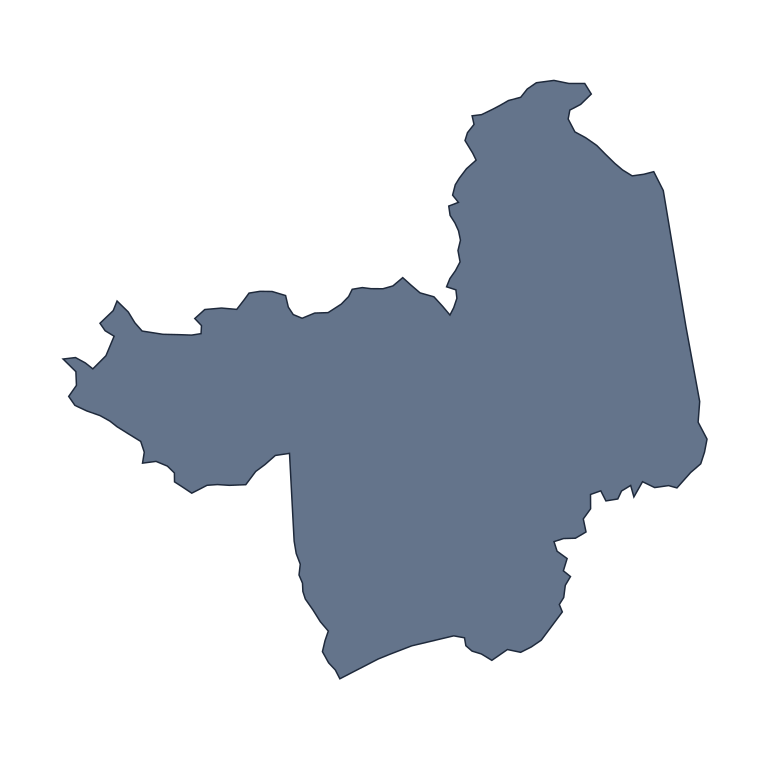 Segredo, Rio Grande do Sul, Brazil, rotated 266°
{"feature_id": "56859067B17752705849385", "entity_name": "Segredo", "entity_type": "district", "adm_level": 2, "iso_a3": "BRA", "parent_name": "Brazil", "parent_adm1": "Rio Grande do Sul", "projection": "mercator", "projection_center": [-52.922, -29.293], "detail": "fine", "context": "isolated", "style": "filled", "palette": "slate", "viewbox_px": 768, "rotation_deg": 266, "n_neighbors": 0, "source": "geoboundaries", "source_scale": "gbopen_adm2", "svg_char_len": 2343}
<svg xmlns="http://www.w3.org/2000/svg" viewBox="0 0 768 768"><g transform="rotate(266 384 384)"><path d="M117.5,523.0L144.2,546.0L151.8,543.5L158.5,548.4L170.5,550.8L178.9,556.6L185.1,549.9L197.1,554.5L205.1,545.0L214.9,542.6L217.3,552.3L216.8,564.2L222.3,575.2L235.5,573.4L245.1,581.4L259.4,582.3L262.3,592.8L251.9,597.2L253.0,609.2L260.7,613.5L265.6,623.0L253.9,625.4L268.5,635.1L261.8,646.8L262.8,660.8L259.9,669.0L274.3,683.7L282.3,694.4L293.7,699.0L306.5,702.4L324.0,694.7L344.5,697.7L420.2,689.2L557.5,676.1L577.0,667.9L575.1,657.8L574.3,646.1L580.9,636.9L587.9,629.7L598.0,620.7L607.1,612.9L615.5,602.5L622.2,592.0L635.5,586.2L644.3,588.5L649.2,599.7L658.8,611.0L669.8,605.2L670.9,589.4L675.0,574.7L673.9,557.0L668.3,547.5L660.5,540.4L658.1,527.9L653.9,519.3L650.1,510.6L645.9,500.1L645.4,490.6L636.7,491.9L628.9,484.8L621.2,481.8L608.1,488.6L600.9,491.5L593.0,481.3L584.2,473.6L577.8,469.0L567.6,465.6L560.0,470.9L557.0,461.0L547.6,461.7L539.7,466.0L531.7,469.0L522.1,470.3L512.0,467.1L500.5,468.4L492.1,463.2L484.6,457.1L476.6,453.2L472.9,462.3L464.4,462.7L455.3,458.9L448.2,454.6L457.4,447.9L467.5,439.9L472.4,426.3L481.2,417.4L488.8,410.1L481.2,399.7L479.1,389.6L480.0,377.7L481.7,369.1L480.7,358.9L473.7,354.8L466.7,347.0L459.1,333.2L459.6,319.8L455.3,306.9L459.6,298.3L467.4,293.9L479.1,292.0L484.1,278.8L485.1,266.7L484.1,255.7L477.9,250.5L468.7,242.3L471.1,227.2L470.8,210.4L462.5,199.8L455.0,206.0L447.0,205.0L446.2,195.5L447.5,183.1L449.0,166.9L453.7,146.4L462.5,139.7L473.7,133.9L485.4,123.5L476.1,119.0L464.4,104.9L456.6,109.5L450.5,118.1L431.6,108.6L419.4,94.6L425.8,87.6L431.9,78.1L431.3,65.6L417.8,77.5L404.1,77.1L393.6,68.6L384.2,74.2L377.8,85.7L372.3,98.5L366.1,108.0L360.0,114.7L352.0,125.7L343.7,137.3L332.7,140.1L321.9,137.6L322.7,151.2L317.2,162.2L309.9,168.7L301.0,168.2L295.6,175.4L288.5,184.6L291.9,192.6L295.3,200.4L295.3,210.8L293.7,222.7L293.2,239.1L305.7,249.9L311.9,259.6L320.3,270.6L321.4,284.9L233.5,283.4L221.0,284.6L210.1,287.9L199.4,285.9L191.0,288.8L182.7,288.6L175.0,290.5L163.5,297.4L151.3,303.9L141.4,311.2L132.2,307.3L121.3,303.9L109.7,309.3L102.1,315.5L93.0,319.4L98.4,331.9L110.1,359.1L113.8,370.4L120.9,393.5L127.9,436.0L125.2,446.6L117.2,447.4L111.4,453.2L107.9,462.3L100.8,472.3L110.5,488.6L106.8,501.6L111.4,512.6L117.5,523.0Z" fill="#64748b" stroke="#1e293b" stroke-width="1.5"/></g></svg>